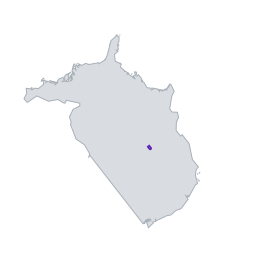 Fremont, Colorado, United States of America (highlighted), rotated 230°
{"feature_id": "52423323B14267745196837", "entity_name": "Fremont", "entity_type": "district", "adm_level": 2, "iso_a3": "USA", "parent_name": "United States of America", "parent_adm1": "Colorado", "projection": "albers", "projection_center": [-105.647, 38.478], "detail": "fine", "context": "in_parent", "style": "filled", "palette": "violet", "viewbox_px": 256, "rotation_deg": 230, "n_neighbors": 0, "source": "geoboundaries", "source_scale": "gbopen_adm2", "svg_char_len": 4010}
<svg xmlns="http://www.w3.org/2000/svg" viewBox="0 0 256 256"><g transform="rotate(230 128 128)"><path d="M199.6,84.3L211.2,78.7L212.3,67.3L217.2,67.1L219.7,72.8L223.9,75.5L220.0,78.9L220.2,80.0L218.9,79.0L218.7,81.8L215.8,84.8L215.7,91.6L218.7,93.3L219.9,92.5L219.1,91.5L219.8,91.8L220.4,93.0L216.7,95.4L215.5,94.4L215.7,96.4L211.3,98.5L208.6,102.2L208.5,100.7L207.9,100.0L208.0,103.5L209.2,103.7L209.8,106.5L208.6,110.9L205.3,109.6L206.1,106.8L204.9,109.0L206.4,111.2L207.9,112.2L208.6,113.7L207.4,120.4L207.2,116.5L203.7,114.0L204.1,109.9L202.1,111.7L204.6,116.7L201.8,115.9L201.0,116.3L201.2,114.4L201.0,113.9L200.7,115.5L201.0,116.6L205.2,117.5L204.7,118.7L202.5,117.4L201.8,117.3L204.5,118.8L205.5,119.0L205.4,120.5L204.0,119.8L206.3,121.3L206.0,121.7L204.8,120.9L202.5,121.1L205.8,122.2L207.5,121.5L210.8,125.8L208.1,122.6L209.4,124.9L205.9,125.4L209.0,127.1L210.0,126.0L209.2,128.7L205.8,128.9L208.1,129.5L206.8,131.1L209.0,131.3L205.6,132.9L204.8,137.0L201.7,139.0L196.9,147.4L195.9,146.9L195.0,153.5L195.1,155.0L197.4,159.3L205.9,171.2L206.1,178.7L203.6,179.8L200.1,176.7L198.8,173.7L194.2,171.1L195.1,169.1L193.3,169.7L192.9,164.8L187.5,161.2L181.3,163.8L179.6,161.3L173.1,162.4L173.7,161.2L172.8,162.5L170.0,163.6L169.6,161.4L169.4,163.0L160.6,165.0L164.6,165.4L163.6,167.6L166.8,169.0L165.5,170.3L161.9,168.3L162.0,170.3L157.5,170.2L154.6,168.1L153.3,169.6L146.6,168.5L143.2,171.7L144.1,170.8L142.0,170.4L141.3,173.9L137.6,176.5L138.5,175.7L135.8,175.6L136.8,176.7L133.9,178.4L133.1,182.3L131.6,181.8L132.9,182.7L133.4,186.2L134.9,188.1L134.0,188.9L126.3,186.9L124.3,182.0L115.9,172.3L112.0,171.9L108.3,176.0L103.5,173.4L101.4,168.8L95.2,163.3L88.1,163.1L88.1,165.2L76.7,164.7L62.5,157.1L53.0,156.9L52.1,153.2L48.5,149.3L40.7,145.5L41.1,143.0L36.2,130.6L36.6,129.5L37.7,131.2L37.3,128.6L40.2,128.9L34.8,128.2L32.1,116.9L34.1,111.5L33.8,105.0L35.9,101.3L38.8,89.9L41.2,90.6L38.6,89.5L39.9,86.6L39.0,86.4L38.5,79.6L44.3,81.9L42.5,85.1L44.9,83.0L44.2,85.8L42.7,86.3L43.7,86.6L45.0,85.6L45.9,82.8L45.0,78.0L131.2,81.2L131.0,79.4L133.0,82.1L143.2,83.9L152.8,81.1L167.8,86.2L168.8,88.1L174.2,90.3L177.6,98.0L175.9,105.3L178.0,107.0L188.8,98.6L187.5,95.7L188.4,94.9L194.9,92.6L199.6,84.3ZM213.1,99.3L215.0,98.2L208.6,102.7L213.6,98.3L213.1,99.3ZM45.0,80.9L45.5,82.8L45.4,83.1L44.5,81.5L45.0,80.9ZM134.7,187.6L133.4,184.6L133.4,182.9L133.7,184.7L134.7,187.6ZM220.6,78.9L220.9,79.8L220.5,79.7L220.6,78.9ZM154.8,168.9L155.1,169.6L154.3,169.2L154.8,168.9ZM43.5,148.8L44.5,148.6L43.5,148.8ZM42.5,148.4L42.1,148.8L41.8,148.3L42.5,148.4ZM218.6,94.9L218.2,95.6L218.6,94.9ZM133.8,181.3L133.3,182.7L134.5,179.9L133.8,181.3ZM203.3,167.2L204.9,169.6L203.1,167.0L203.3,167.2ZM48.0,151.8L48.3,152.6L47.9,151.8L48.0,151.8ZM206.6,178.9L206.1,180.0L206.9,177.9L206.6,178.9ZM211.6,127.4L211.2,128.7L211.0,126.0L211.6,127.4ZM44.4,79.2L44.3,79.8L44.0,79.4L44.4,79.2ZM136.9,177.3L135.6,178.0L137.0,177.1L136.9,177.3ZM220.5,94.4L220.8,95.0L220.1,95.1L220.5,94.4ZM47.7,153.8L47.9,154.8L47.5,153.9L47.7,153.8ZM135.3,178.6L134.7,179.0L135.2,178.4L135.3,178.6ZM208.7,114.9L208.3,116.6L208.6,114.3L208.7,114.9ZM142.9,172.4L142.0,173.0L143.2,171.9L142.9,172.4ZM195.3,154.2L195.4,155.3L195.1,154.6L195.3,154.2ZM209.3,131.3L209.1,131.6L209.7,130.6L209.3,131.3ZM183.6,163.0L182.6,163.8L182.2,163.8L183.6,163.0ZM169.6,163.4L169.4,163.7L168.8,163.7L169.6,163.4ZM197.6,174.2L197.9,174.9L197.4,174.1L197.6,174.2ZM167.0,165.5L167.0,166.3L166.7,165.0L167.0,165.5ZM204.6,181.5L204.0,181.7L204.8,181.3L204.6,181.5ZM209.8,107.1L209.6,107.9L209.8,106.7L209.8,107.1ZM210.6,129.1L210.3,129.5L210.2,129.5L210.6,129.1Z" fill="#d9dde1" stroke="#a8b0b8" stroke-width="1"/><path d="M101.0,131.7L101.0,131.1L100.6,131.1L100.0,131.1L99.9,131.1L99.9,130.9L99.6,130.9L97.6,130.9L97.2,130.9L97.3,130.9L97.4,131.0L97.5,131.1L97.4,131.2L97.5,131.3L97.5,131.5L97.5,131.8L97.3,131.8L97.1,132.1L97.3,132.3L97.4,132.5L97.5,132.6L97.6,132.8L97.8,132.9L100.5,133.0L101.0,133.0L101.0,132.4L101.0,131.7Z" fill="#8b5cf6" stroke="#5b21b6" stroke-width="1.5"/></g></svg>